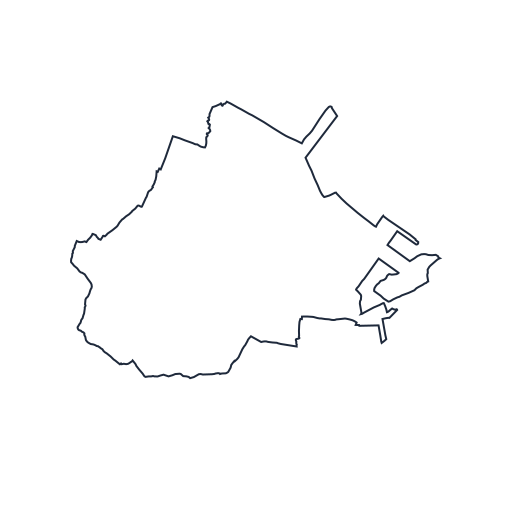 Fruntiseni, Vaslui, Romania, rotated 124°
{"feature_id": "2599482B75972445182391", "entity_name": "Fruntiseni", "entity_type": "district", "adm_level": 2, "iso_a3": "ROU", "parent_name": "Romania", "parent_adm1": "Vaslui", "projection": "mercator", "projection_center": [27.757, 46.208], "detail": "fine", "context": "isolated", "style": "outline", "palette": "slate", "viewbox_px": 512, "rotation_deg": 124, "n_neighbors": 0, "source": "geoboundaries", "source_scale": "gbopen_adm2", "svg_char_len": 6130}
<svg xmlns="http://www.w3.org/2000/svg" viewBox="0 0 512 512"><g transform="rotate(124 256 256)"><path d="M418.0,280.0L415.8,277.6L414.2,275.3L413.1,274.3L412.6,272.9L410.9,270.2L408.4,268.3L406.1,266.3L404.7,261.2L401.7,258.7L399.0,256.9L396.3,253.5L395.9,252.4L396.3,249.2L394.7,246.4L393.9,244.2L394.1,242.3L391.1,239.8L386.0,237.3L384.8,235.9L384.0,233.8L378.5,226.2L376.8,224.3L376.2,224.0L374.3,221.9L373.6,220.2L373.9,219.8L372.5,218.6L370.2,215.5L369.5,215.0L368.0,214.3L367.5,214.2L362.8,214.6L360.1,215.6L357.8,215.5L355.8,215.3L356.0,215.1L355.4,214.8L352.0,214.0L349.8,213.8L340.9,215.2L337.6,215.3L336.0,215.1L331.4,215.5L330.6,215.7L329.6,215.8L328.0,215.7L325.4,215.3L324.4,203.6L322.9,202.2L321.8,200.9L321.1,199.8L320.5,198.0L318.5,194.0L316.3,190.2L316.0,188.8L315.1,186.3L308.3,171.7L307.4,172.4L306.6,172.7L306.4,173.2L305.6,174.0L304.5,174.6L303.7,175.7L303.0,176.2L302.5,176.2L302.3,176.1L300.9,174.7L300.0,174.1L299.7,174.2L299.0,175.3L298.0,175.7L294.1,178.5L289.2,181.5L286.3,183.1L283.4,184.0L282.7,182.7L280.5,184.0L277.6,179.8L274.9,175.2L274.4,174.2L273.1,170.4L272.1,168.2L271.4,167.2L269.6,163.4L267.7,160.1L266.5,157.2L265.4,155.5L264.7,154.7L263.7,154.0L261.9,151.8L258.1,147.3L257.5,146.1L256.3,143.1L255.4,140.4L255.1,138.9L254.9,137.0L254.9,135.4L257.4,134.8L255.6,131.9L256.1,131.3L245.0,115.6L252.5,108.4L257.0,104.2L257.8,103.2L254.6,102.1L252.1,101.5L249.3,104.5L237.5,115.9L235.2,113.8L233.3,111.8L232.7,110.8L221.8,108.8L221.5,109.2L221.6,109.8L222.7,110.5L223.3,112.5L223.4,113.8L224.9,114.3L227.8,115.1L228.9,115.6L229.4,116.0L227.5,118.0L225.4,120.8L223.6,123.6L223.9,124.2L226.0,125.4L227.3,126.0L232.8,129.6L242.4,134.7L244.6,135.7L245.5,136.5L245.0,136.5L244.3,136.7L243.7,137.2L237.5,143.2L235.8,144.2L235.1,144.5L233.6,144.6L230.4,146.4L229.5,147.5L228.4,151.8L228.0,154.1L227.8,154.3L226.4,154.4L223.8,154.0L217.3,154.0L214.5,153.5L189.5,152.9L190.2,128.4L190.5,128.3L191.9,129.0L192.5,129.4L194.8,132.1L195.6,133.1L196.4,135.2L196.7,135.6L198.3,136.1L199.2,136.2L201.4,135.8L202.8,136.0L204.4,136.7L207.0,138.8L209.9,139.0L211.9,139.7L213.9,139.9L216.3,139.8L217.9,139.2L219.0,138.4L219.2,130.5L219.9,126.4L219.8,120.7L218.5,119.5L215.2,118.0L211.3,115.7L209.6,114.3L207.1,113.1L201.3,108.9L195.8,105.5L193.1,105.0L190.8,103.9L186.7,101.7L184.6,100.9L183.2,99.9L182.1,99.6L181.6,99.6L180.8,99.0L176.8,102.8L175.3,103.8L174.1,104.0L171.3,106.1L168.1,106.3L166.3,106.0L158.1,103.8L156.3,103.1L155.1,102.3L155.2,103.1L155.0,104.2L154.4,104.9L154.5,107.6L156.9,110.5L158.8,113.7L159.5,116.1L160.4,117.7L162.2,119.9L166.0,122.2L169.2,123.3L174.3,125.6L173.4,153.1L170.7,153.2L167.8,153.0L156.5,152.8L156.9,129.8L156.6,129.2L155.9,128.7L155.0,128.6L153.7,129.3L153.5,132.6L152.9,133.0L152.2,140.7L152.1,166.5L151.8,171.6L151.7,172.6L151.5,173.0L153.2,173.2L161.9,173.3L164.6,172.9L164.8,174.0L164.8,175.5L164.3,182.1L164.0,187.7L163.4,195.7L161.8,210.4L160.7,217.0L159.2,223.7L159.0,224.6L158.7,225.0L159.2,225.8L163.5,228.2L165.1,229.2L168.9,232.3L169.0,232.6L168.4,234.9L167.4,237.1L166.1,239.5L162.7,244.6L159.0,250.8L154.2,257.7L151.5,262.5L146.8,269.9L94.6,267.0L91.0,275.7L90.3,276.4L90.1,276.8L90.4,278.0L90.9,278.5L91.8,279.0L96.6,279.7L107.2,279.9L120.8,279.6L124.4,280.0L128.9,281.0L132.5,281.4L137.0,281.0L137.8,287.2L139.3,295.6L139.7,298.5L140.0,303.2L140.4,313.5L140.6,324.2L141.5,337.8L142.0,341.2L142.7,350.4L143.1,353.6L143.8,362.4L144.4,366.5L145.0,366.5L147.0,366.8L147.7,367.6L148.5,367.9L150.1,367.8L150.3,368.6L149.1,370.0L149.0,370.4L149.1,370.5L150.1,370.7L154.2,373.2L156.9,375.3L164.3,373.9L165.5,373.1L166.5,372.6L166.9,372.6L168.0,373.0L168.6,371.7L169.0,371.2L169.6,370.9L170.3,371.1L170.7,371.6L171.5,371.7L171.7,371.1L172.3,370.2L173.1,369.3L173.1,369.0L172.7,368.4L172.9,367.7L175.4,366.6L176.4,366.8L176.7,365.4L177.3,364.4L178.1,363.7L180.3,364.0L181.1,364.5L181.6,365.2L182.3,365.1L182.5,364.9L182.6,364.0L183.0,363.5L184.1,363.3L184.9,363.6L185.4,363.6L186.9,362.7L188.8,361.2L190.4,360.2L192.6,359.3L194.5,359.0L195.3,360.4L196.1,362.6L196.3,364.1L196.3,366.8L196.4,367.3L197.0,368.1L197.5,369.5L197.6,370.5L197.8,371.6L199.9,379.7L201.1,385.2L203.2,391.9L225.8,385.9L237.5,383.4L237.6,385.1L241.2,384.5L241.4,385.7L245.6,383.3L248.9,381.9L250.9,381.6L251.7,381.1L252.9,381.0L253.6,380.8L256.3,380.7L256.7,379.9L257.3,380.0L259.0,380.0L260.1,380.1L261.5,380.8L262.8,381.1L263.8,381.0L268.1,379.8L269.3,379.8L278.9,378.2L279.2,378.4L279.4,378.8L279.7,381.2L280.0,381.8L280.3,382.1L280.9,382.3L284.2,382.6L288.0,383.8L288.6,383.7L292.3,384.5L295.7,385.9L299.5,386.9L300.5,387.4L304.6,387.9L308.3,387.7L309.7,387.9L315.0,389.5L320.5,391.6L322.3,391.8L324.2,392.3L324.4,393.6L324.8,394.0L325.1,394.1L325.9,393.9L329.4,393.9L329.9,396.2L329.4,397.4L329.2,398.6L328.3,400.5L328.9,403.5L329.1,403.9L330.6,403.6L333.5,403.7L336.5,404.3L339.3,404.4L339.5,405.1L339.6,406.1L341.7,408.0L342.6,409.2L343.4,410.6L343.8,413.0L348.9,411.9L350.0,411.2L354.4,410.6L355.8,409.5L356.7,409.6L358.8,408.4L360.3,407.8L361.6,407.6L363.5,406.6L364.6,405.7L365.0,403.9L365.8,401.4L366.2,397.3L367.5,393.6L367.5,391.7L367.1,390.7L367.0,387.7L369.0,382.8L370.7,377.9L371.6,376.4L373.2,375.0L374.5,374.5L376.2,374.4L378.1,373.9L380.2,373.2L383.5,372.7L386.0,373.2L387.5,373.0L391.7,370.7L392.3,369.7L393.4,369.3L394.3,369.3L395.4,368.5L400.0,366.3L401.2,366.1L404.6,365.0L406.2,365.1L407.1,365.0L408.3,364.5L409.9,364.1L410.6,364.3L414.8,364.1L415.6,363.4L416.3,362.3L416.4,361.6L416.4,360.9L416.1,360.3L415.9,359.3L416.1,358.2L416.1,357.6L415.9,356.9L415.8,356.3L416.1,355.0L417.2,354.4L417.7,353.8L418.4,352.4L420.5,350.3L421.0,349.6L421.6,347.5L421.6,346.2L421.4,343.8L420.4,341.7L420.1,340.8L419.7,338.7L419.8,338.0L419.1,336.4L419.2,335.9L419.1,334.4L419.3,333.5L419.2,331.2L420.0,329.3L420.3,327.6L420.2,325.3L420.6,320.3L421.4,316.1L421.4,314.1L421.9,308.4L420.7,307.9L421.1,307.3L421.0,307.1L420.7,307.0L420.5,306.6L420.2,306.2L419.3,305.4L418.3,303.2L417.1,301.9L415.6,301.1L414.1,300.6L412.8,299.9L411.6,299.9L412.9,295.7L413.4,294.7L414.0,293.8L415.5,289.3L416.9,284.2L417.7,282.3L418.1,281.2L418.0,280.0Z" fill="none" stroke="#1e293b" stroke-width="2"/></g></svg>